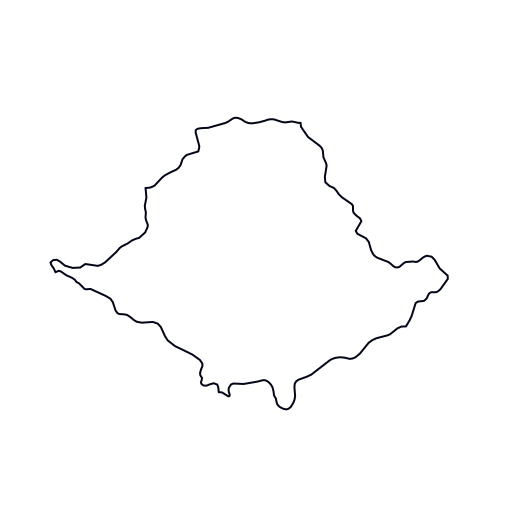 map outline of Gandaki (Albers equal-area conic projection), rotated 25°
{"feature_id": "NPL-1095", "entity_name": "Gandaki", "entity_type": "District", "adm_level": 1, "iso_a3": "NPL", "parent_name": "Nepal", "parent_adm1": "", "projection": "albers", "projection_center": [84.335, 28.335], "detail": "fine", "context": "isolated", "style": "outline", "palette": "ink", "viewbox_px": 512, "rotation_deg": 25, "n_neighbors": 0, "source": "natural_earth", "source_scale": "10m", "svg_char_len": 3080}
<svg xmlns="http://www.w3.org/2000/svg" viewBox="0 0 512 512"><g transform="rotate(25 256 256)"><path d="M240.1,116.5L242.2,119.9L252.9,126.2L267.2,129.2L269.8,130.3L272.0,132.2L275.5,138.2L280.0,142.0L281.8,144.2L285.0,155.3L287.7,159.9L293.0,161.5L297.8,161.4L301.4,162.9L304.9,165.0L309.1,166.5L320.8,168.5L322.7,169.6L324.7,173.8L326.2,175.6L330.3,177.1L334.3,177.9L336.8,179.9L335.8,191.1L338.5,193.0L348.2,193.5L352.3,195.6L357.8,202.0L361.5,204.9L364.2,206.0L366.8,206.3L378.5,205.5L381.0,206.0L384.5,207.1L386.8,207.4L388.9,206.7L390.6,205.2L393.2,199.5L394.4,198.1L400.7,194.6L402.7,194.1L404.5,193.2L405.9,191.2L407.9,187.0L409.3,185.0L410.7,183.6L415.5,182.4L419.8,184.1L427.6,189.6L438.0,192.8L439.5,195.7L437.3,207.7L436.6,209.7L435.3,211.9L433.8,213.1L430.2,214.7L428.9,216.4L428.6,217.8L428.6,222.4L427.3,225.6L421.9,229.0L420.6,231.3L422.4,244.5L422.4,249.2L421.7,256.4L417.6,258.5L414.7,261.9L410.5,270.4L408.3,272.7L399.8,279.7L396.9,283.2L394.8,287.0L391.4,300.6L388.9,305.8L386.7,308.2L384.5,309.6L378.8,310.8L374.6,312.4L370.8,314.9L368.7,317.0L367.1,319.0L356.2,340.2L353.1,343.9L346.6,350.4L345.4,352.7L345.1,355.3L345.6,356.9L346.5,359.1L350.6,366.3L351.6,369.8L351.9,373.2L351.3,378.1L350.1,380.6L348.5,382.1L346.9,382.6L345.1,382.9L343.2,382.9L341.1,382.7L339.3,382.1L337.6,381.1L336.3,379.6L335.3,378.2L334.3,376.9L333.6,376.3L331.4,374.9L328.8,370.9L326.4,368.0L324.3,366.5L322.4,365.6L320.3,364.9L318.0,364.6L316.1,365.0L314.8,365.6L310.3,369.3L298.9,377.2L289.3,381.2L287.6,383.1L287.1,386.9L287.9,389.3L289.0,390.9L289.9,391.8L290.8,392.8L291.1,394.2L290.2,394.9L282.9,394.0L279.8,395.1L277.3,391.0L275.2,388.9L271.5,389.2L268.6,391.6L266.1,394.3L263.6,395.5L261.7,395.3L260.3,394.8L259.5,393.7L259.2,391.5L258.7,389.4L255.9,387.6L254.7,385.6L254.1,381.6L254.0,378.5L252.8,376.1L249.0,373.9L239.9,372.2L220.7,371.9L211.6,369.8L207.5,367.2L199.8,360.6L195.5,358.8L190.3,359.4L180.7,364.7L175.7,366.0L172.8,365.7L167.0,364.3L164.1,363.9L161.7,364.4L156.8,366.3L154.7,366.4L151.7,364.7L145.8,358.4L142.2,356.3L137.1,355.7L119.9,355.8L116.1,358.0L114.5,358.3L106.9,355.5L104.5,355.5L101.7,354.0L98.2,353.5L92.1,353.6L85.9,352.5L83.5,352.8L81.1,355.4L77.9,352.7L74.5,350.8L72.5,348.7L73.9,345.4L77.1,343.6L80.7,343.9L87.1,345.5L94.8,344.3L101.6,340.7L104.7,335.4L116.8,331.8L119.4,329.4L122.0,325.4L127.6,311.6L129.2,306.1L130.2,304.2L134.5,298.7L137.1,294.2L139.9,291.1L142.4,289.0L145.6,281.5L145.5,275.5L144.7,273.4L141.0,269.8L139.5,267.6L137.8,263.1L135.5,260.0L134.0,257.5L132.0,249.4L127.2,241.1L130.9,238.9L132.5,237.4L134.3,235.1L137.6,225.0L139.2,221.6L143.4,215.9L143.8,215.5L147.0,211.8L148.6,208.8L149.2,205.3L148.5,199.4L149.5,195.8L150.6,193.6L159.5,185.6L158.8,182.1L158.1,180.3L149.2,169.7L148.2,167.3L148.7,166.2L150.3,164.6L153.2,162.8L158.4,160.1L172.0,148.4L174.0,146.0L176.7,141.4L178.5,139.6L181.3,138.5L185.4,138.3L189.5,139.0L192.9,138.7L196.3,137.5L201.9,133.8L207.2,129.4L208.8,127.7L211.2,126.0L214.4,124.6L223.2,123.5L226.0,122.6L231.7,118.9L238.2,117.4L240.1,116.5Z" fill="none" stroke="#020617" stroke-width="2"/></g></svg>